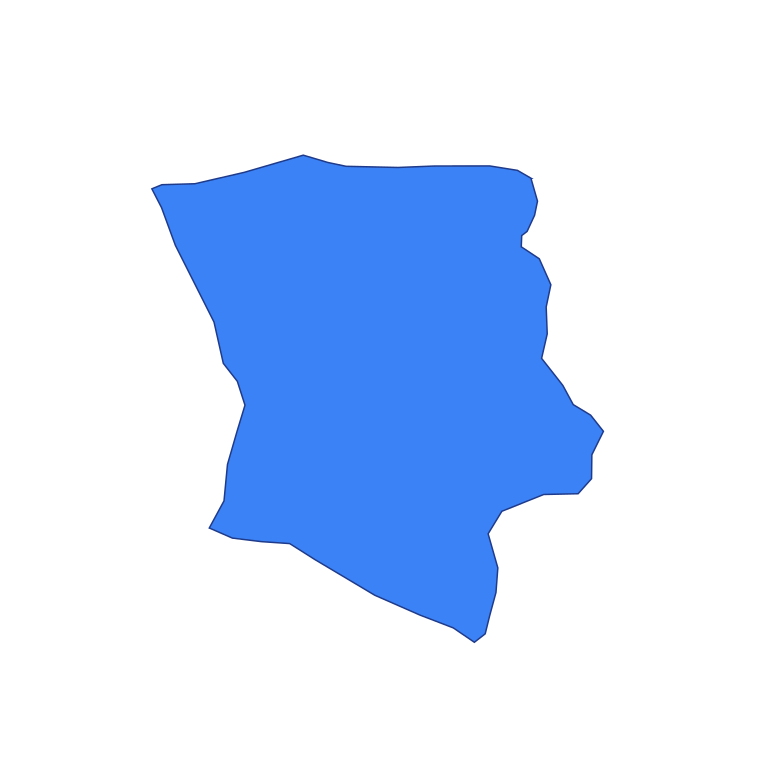 Smedjebacken, Dalarna, Sweden, rotated 336°
{"feature_id": "70781695B69424081161255", "entity_name": "Smedjebacken", "entity_type": "district", "adm_level": 2, "iso_a3": "SWE", "parent_name": "Sweden", "parent_adm1": "Dalarna", "projection": "mercator", "projection_center": [15.509, 60.098], "detail": "fine", "context": "isolated", "style": "filled", "palette": "blue", "viewbox_px": 768, "rotation_deg": 336, "n_neighbors": 0, "source": "geoboundaries", "source_scale": "gbopen_adm2", "svg_char_len": 915}
<svg xmlns="http://www.w3.org/2000/svg" viewBox="0 0 768 768"><g transform="rotate(336 384 384)"><path d="M165.8,444.5L182.8,463.1L207.8,478.1L232.9,491.4L249.6,516.5L254.2,523.0L289.7,573.3L323.1,610.0L348.1,635.0L361.5,656.7L374.8,653.4L375.3,652.8L386.5,638.4L401.5,620.0L413.2,598.3L418.2,563.2L439.9,548.2L485.0,549.9L516.7,563.2L535.1,554.9L537.0,550.8L545.1,533.2L565.2,516.5L560.1,496.5L548.5,479.8L546.8,458.1L545.1,451.2L538.4,424.7L553.5,404.6L563.5,379.6L576.8,361.2L576.8,332.8L565.2,314.5L570.2,304.4L576.8,302.8L590.2,291.1L598.6,279.4L601.9,256.0L602.2,256.1L592.8,243.1L569.3,227.8L519.5,205.7L517.3,204.8L484.9,191.9L437.9,169.7L422.7,158.7L403.3,142.1L342.4,133.8L292.6,124.1L262.2,111.6L252.9,111.3L251.3,111.3L252.5,132.4L249.8,172.5L253.9,258.3L245.6,299.8L251.1,321.9L248.4,346.8L230.4,367.6L208.3,393.8L190.3,425.7L165.8,444.5Z" fill="#3b82f6" stroke="#1e3a8a" stroke-width="1.5"/></g></svg>